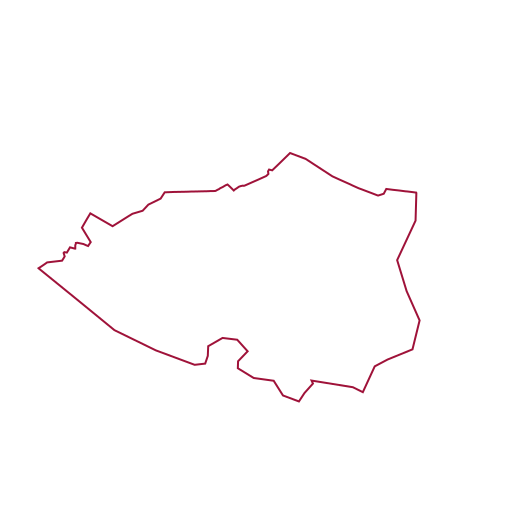 Al Khiwai, North Kordufan, Sudan, rotated 300°
{"feature_id": "16777658B22793638103757", "entity_name": "Al Khiwai", "entity_type": "district", "adm_level": 2, "iso_a3": "SDN", "parent_name": "Sudan", "parent_adm1": "North Kordufan", "projection": "equal_earth", "projection_center": [29.102, 13.339], "detail": "fine", "context": "isolated", "style": "outline", "palette": "rose", "viewbox_px": 512, "rotation_deg": 300, "n_neighbors": 0, "source": "geoboundaries", "source_scale": "gbopen_adm2", "svg_char_len": 1904}
<svg xmlns="http://www.w3.org/2000/svg" viewBox="0 0 512 512"><g transform="rotate(300 256 256)"><path d="M390.7,363.4L391.0,363.0L390.9,362.8L389.3,358.9L387.3,354.2L387.0,353.7L384.3,347.2L381.7,341.3L379.2,335.3L373.8,335.5L372.0,333.9L369.4,331.5L369.2,330.6L368.2,324.2L367.6,320.6L366.6,314.4L366.0,311.0L365.3,304.1L365.2,302.5L365.1,301.3L363.9,289.8L363.2,282.4L363.2,282.2L363.3,280.4L364.4,259.8L364.6,256.7L364.9,250.8L364.9,250.7L364.9,250.4L362.2,234.0L347.6,229.9L338.3,227.2L337.4,224.1L335.3,224.1L333.3,225.7L333.2,225.7L330.5,224.9L330.3,224.8L326.0,221.7L323.2,219.7L317.5,215.5L316.4,214.7L311.6,211.2L310.7,210.4L310.4,209.5L308.9,207.8L307.5,206.6L305.1,205.5L304.9,205.4L303.2,204.5L301.6,204.0L302.4,201.0L303.0,198.7L303.7,195.6L302.4,194.6L302.2,194.4L299.1,192.7L297.8,191.8L296.8,191.1L295.4,190.5L294.0,189.5L292.6,188.7L292.1,188.4L290.6,186.1L289.4,184.0L287.9,181.7L284.4,175.9L282.0,172.0L279.4,167.6L278.8,166.7L276.8,163.5L270.3,152.7L265.5,145.1L265.4,145.1L258.0,144.7L255.6,143.1L246.7,137.1L245.4,136.8L238.5,135.2L230.8,127.9L229.0,126.9L228.5,126.7L227.9,126.3L210.1,116.9L210.1,108.7L210.1,101.2L210.1,92.2L210.1,91.7L210.1,91.2L203.6,91.1L193.5,91.1L189.6,98.2L185.4,105.9L180.7,105.6L180.4,103.7L180.1,100.6L178.1,94.6L177.3,93.6L177.2,93.7L175.0,94.1L172.0,95.8L171.9,95.7L170.5,90.6L170.3,90.6L164.4,90.5L163.5,88.1L162.4,87.9L160.0,90.5L158.3,90.5L155.0,90.4L146.0,78.3L144.4,77.6L142.7,76.8L139.0,75.0L136.7,73.8L136.5,74.6L129.2,120.3L125.5,143.0L121.0,170.5L124.2,216.5L131.1,257.3L137.4,265.8L145.4,264.2L154.0,259.7L168.3,268.0L174.1,281.6L169.3,296.4L155.9,293.1L149.7,296.4L149.2,315.0L156.8,333.7L148.7,349.1L151.5,365.9L161.6,366.5L174.0,369.1L175.9,366.4L190.8,405.5L191.5,416.6L219.8,414.0L232.1,421.7L253.4,438.2L282.0,429.9L300.9,404.0L323.0,380.3L366.4,376.5L390.5,363.5L390.7,363.4Z" fill="none" stroke="#9f1239" stroke-width="2"/></g></svg>